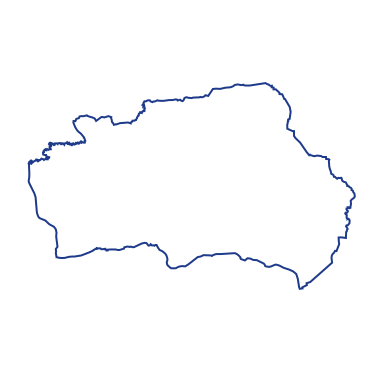 the district of Chok Chai, Nakhon Ratchasima, Thailand, rotated 86°
{"feature_id": "78962969B33343210665646", "entity_name": "Chok Chai", "entity_type": "district", "adm_level": 2, "iso_a3": "THA", "parent_name": "Thailand", "parent_adm1": "Nakhon Ratchasima", "projection": "mercator", "projection_center": [102.192, 14.755], "detail": "fine", "context": "isolated", "style": "outline", "palette": "blue", "viewbox_px": 384, "rotation_deg": 86, "n_neighbors": 0, "source": "geoboundaries", "source_scale": "gbopen_adm2", "svg_char_len": 5983}
<svg xmlns="http://www.w3.org/2000/svg" viewBox="0 0 384 384"><g transform="rotate(86 192 192)"><path d="M290.1,80.4L272.3,57.2L267.4,57.4L265.6,57.1L263.9,56.2L262.4,54.5L260.7,53.4L261.0,52.0L254.7,49.0L253.7,48.8L251.7,49.0L247.6,48.9L247.7,45.9L248.6,41.7L242.6,41.0L242.1,40.4L241.0,40.2L239.7,39.3L237.0,40.7L236.1,40.2L236.1,39.0L234.3,37.2L231.4,36.7L230.4,37.1L230.2,37.6L229.9,37.7L230.0,38.6L229.4,38.3L228.9,39.4L228.3,39.6L225.8,39.2L224.7,40.4L224.0,40.6L223.4,40.2L223.6,39.1L223.3,38.5L222.0,37.8L221.3,38.6L220.2,39.1L219.2,39.0L219.2,38.1L218.8,37.9L219.0,37.5L218.6,37.2L218.8,36.0L219.1,35.8L218.9,35.4L218.3,36.1L218.4,35.4L217.6,34.9L214.9,34.2L211.8,34.3L210.6,33.1L208.8,30.4L207.6,29.9L204.8,30.1L203.5,31.1L201.9,31.4L201.2,32.7L200.0,32.5L199.0,33.1L198.1,34.6L197.2,35.2L196.7,36.8L195.8,36.6L195.1,37.1L193.4,37.7L192.9,38.4L192.3,40.1L191.2,41.3L188.3,42.0L188.4,43.8L188.1,45.1L188.9,46.3L186.9,48.3L186.7,49.4L185.2,49.6L184.4,50.3L183.6,51.8L180.3,52.3L179.1,52.8L176.1,53.3L170.6,53.3L169.5,52.8L169.3,53.2L168.8,53.3L168.4,55.9L166.4,55.9L166.2,59.3L165.2,60.6L164.4,64.4L164.8,67.7L163.5,71.2L163.0,71.7L163.5,72.5L160.4,74.7L150.2,80.7L145.6,84.9L143.3,86.3L138.4,86.0L138.3,87.4L135.5,92.5L131.3,92.3L130.4,91.8L127.9,91.4L127.8,90.9L126.6,91.1L126.2,90.8L125.9,89.5L118.9,88.0L114.0,88.6L105.8,92.7L105.7,93.4L100.8,95.2L100.4,97.9L99.1,97.8L95.4,101.3L95.3,103.5L93.5,103.3L93.1,105.2L91.6,104.9L91.6,106.1L91.0,107.3L90.0,108.2L89.7,109.4L88.5,111.1L89.8,126.8L89.6,130.5L89.2,132.7L88.6,133.1L88.8,135.4L87.9,138.8L88.2,141.8L89.4,143.6L90.2,146.3L90.3,151.7L91.1,156.6L90.6,161.0L90.7,164.0L97.3,169.1L96.4,171.8L97.5,173.0L98.1,174.9L98.2,175.8L97.7,177.1L98.1,178.0L97.9,184.2L98.3,185.9L97.7,189.3L97.1,190.7L97.2,191.6L97.7,192.9L99.8,194.0L100.7,195.1L100.3,196.2L99.1,197.4L99.7,200.0L98.7,200.6L98.5,201.9L98.9,205.0L98.7,208.4L99.1,214.4L98.6,218.9L98.1,220.2L99.0,222.5L99.1,224.4L99.6,225.1L98.8,227.0L97.6,227.7L97.5,230.0L98.4,231.8L98.2,233.1L99.9,234.3L100.6,234.0L101.6,235.1L101.8,234.4L103.2,234.6L102.5,233.7L103.3,233.6L103.7,234.1L104.3,233.5L105.3,233.7L105.5,233.3L106.3,233.7L107.5,233.7L107.4,234.2L107.9,234.3L107.8,234.8L108.1,235.0L108.0,235.6L108.8,236.2L108.9,236.7L109.6,236.7L109.3,237.4L108.8,237.7L108.8,238.1L109.5,238.0L110.1,239.5L111.9,239.8L112.1,240.5L112.5,240.5L113.7,241.6L114.7,241.8L115.8,242.8L116.3,242.9L116.3,243.7L116.8,244.2L116.7,246.3L117.7,246.7L117.7,247.2L118.3,248.0L119.3,248.3L118.2,250.9L118.3,259.0L119.3,262.8L119.1,263.4L119.6,265.2L117.8,265.9L116.6,266.9L114.2,267.1L112.5,267.6L111.7,267.3L110.5,270.1L111.5,274.3L110.8,276.5L111.0,277.3L114.4,282.7L111.8,284.0L110.4,286.7L110.3,287.5L108.7,291.2L108.2,291.5L108.8,295.0L108.6,297.2L108.8,298.9L110.4,299.7L111.0,302.3L113.2,303.4L112.9,305.2L114.5,305.5L118.9,304.1L121.9,302.6L123.7,301.3L126.1,298.7L130.0,295.9L130.4,296.1L130.8,295.7L133.4,294.9L133.6,295.6L134.5,295.8L135.0,295.4L135.3,295.5L135.1,297.3L133.7,299.1L134.1,299.4L135.1,299.4L134.7,300.5L135.6,301.2L134.6,302.4L134.7,302.7L135.6,302.7L134.9,304.4L135.3,304.6L135.9,304.3L136.5,306.0L136.4,306.3L135.8,306.4L135.1,307.0L135.5,308.4L136.6,308.1L137.0,308.6L136.5,309.4L135.6,309.8L135.9,310.5L134.2,311.1L134.3,311.9L135.6,311.9L135.4,312.7L133.7,313.2L134.7,314.7L134.6,315.9L135.9,316.2L134.5,317.5L134.3,318.6L135.2,318.8L135.2,319.2L135.0,319.7L134.2,319.7L133.9,321.0L134.2,322.5L134.8,322.7L134.0,323.6L134.0,325.8L134.3,326.0L135.3,325.7L135.6,326.4L134.3,327.6L134.2,327.9L134.6,328.1L134.3,328.9L133.6,328.4L132.9,330.1L133.5,331.0L134.3,331.3L135.1,330.5L135.5,329.3L136.6,329.4L136.7,330.9L138.1,330.9L138.9,330.0L139.5,329.9L139.5,331.6L139.9,332.1L139.1,333.5L140.3,334.2L140.1,334.7L139.2,334.8L139.0,335.1L140.0,336.5L140.7,336.5L140.9,337.1L141.8,337.0L141.8,337.6L142.1,337.9L144.3,337.8L144.9,335.9L144.9,335.0L145.7,334.9L147.3,333.4L147.1,332.7L147.3,332.0L147.9,332.1L148.7,333.1L148.1,333.6L147.5,335.0L148.2,335.2L149.2,334.6L149.0,336.4L149.7,337.5L149.0,338.0L148.2,339.9L149.2,340.8L149.6,341.6L149.4,342.7L150.3,342.8L150.7,343.6L150.6,343.9L150.0,344.2L148.9,344.3L148.7,345.2L149.8,346.1L150.2,347.2L151.3,348.7L149.6,349.8L149.3,350.4L149.6,350.9L150.3,350.9L151.5,349.6L152.6,350.3L152.3,350.9L152.4,352.0L152.1,352.1L151.1,351.5L150.6,352.0L150.7,352.3L151.4,352.4L152.1,353.0L152.7,352.7L162.8,353.0L166.4,353.4L169.2,354.1L170.4,354.1L171.9,353.7L182.3,349.4L186.3,348.4L200.6,348.2L202.6,348.0L205.1,347.3L206.8,346.5L207.5,345.7L210.2,340.3L214.3,336.5L217.1,332.1L219.6,330.5L223.0,330.0L227.0,330.6L237.2,330.0L239.5,331.9L241.8,331.7L243.3,332.1L247.6,331.7L247.7,330.8L248.2,330.0L248.7,326.9L248.9,323.9L248.1,319.2L248.0,316.1L248.2,313.8L247.6,307.0L245.0,298.5L243.6,294.9L242.9,294.1L242.7,293.3L242.0,292.3L242.2,291.1L241.3,290.9L241.7,289.5L241.9,287.2L242.3,287.0L242.9,285.8L242.6,282.6L243.5,282.4L243.6,281.1L244.4,281.2L244.4,280.1L243.7,279.9L243.6,278.3L244.0,272.3L244.7,269.9L244.8,268.4L243.7,263.8L242.4,263.3L241.9,260.0L242.5,257.8L242.2,256.7L243.0,254.9L242.9,253.5L239.9,245.8L239.4,242.7L239.7,241.3L240.2,240.6L242.1,239.5L242.5,238.9L242.2,237.6L241.2,236.9L242.5,235.7L242.5,234.1L243.0,233.1L242.3,232.2L242.4,231.1L242.8,231.1L243.3,230.6L245.4,229.7L247.5,228.4L249.1,225.6L251.6,223.0L253.6,221.9L256.8,221.2L258.4,221.3L260.2,222.1L262.3,221.9L263.5,221.4L266.5,218.4L266.8,216.5L266.9,213.5L265.6,210.5L265.4,209.0L265.2,207.2L265.7,204.0L263.9,200.6L257.3,190.8L257.0,188.0L255.8,184.9L256.6,177.6L257.2,176.6L256.4,175.4L255.6,172.3L255.9,168.2L256.0,153.4L257.3,151.2L258.9,149.6L260.6,148.2L261.7,148.3L262.3,147.8L264.0,144.0L262.0,141.3L262.5,138.4L264.0,135.8L264.5,132.1L268.4,125.4L269.4,124.6L271.0,124.1L271.3,123.6L272.1,120.4L271.8,118.5L270.3,114.0L270.4,112.9L271.5,109.9L274.0,105.9L276.3,100.2L278.3,96.6L281.1,93.7L286.1,92.5L294.4,91.8L296.1,91.3L295.9,88.5L294.8,88.6L292.9,83.9L291.0,84.1L290.1,80.4Z" fill="none" stroke="#1e3a8a" stroke-width="2"/></g></svg>